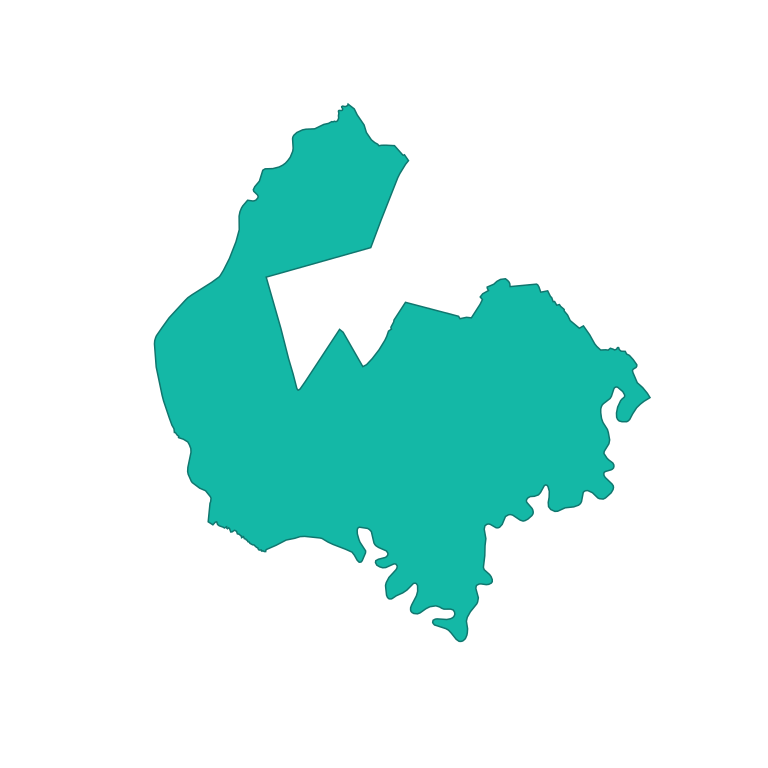 Khong Chai, Kalasin, Thailand, rotated 327°
{"feature_id": "78962969B1811381389630", "entity_name": "Khong Chai", "entity_type": "district", "adm_level": 2, "iso_a3": "THA", "parent_name": "Thailand", "parent_adm1": "Kalasin", "projection": "orthographic", "projection_center": [103.475, 16.263], "detail": "fine", "context": "isolated", "style": "filled", "palette": "teal", "viewbox_px": 768, "rotation_deg": 327, "n_neighbors": 0, "source": "geoboundaries", "source_scale": "gbopen_adm2", "svg_char_len": 6171}
<svg xmlns="http://www.w3.org/2000/svg" viewBox="0 0 768 768"><g transform="rotate(327 384 384)"><path d="M599.7,540.3L599.8,535.2L599.0,527.9L597.1,520.9L599.0,510.0L599.7,508.0L601.1,507.3L604.4,507.4L605.7,506.7L606.5,505.6L606.3,499.3L605.4,493.7L603.8,491.0L604.1,488.0L600.8,485.7L600.0,483.3L600.6,481.5L600.2,480.8L599.5,480.7L598.0,481.5L596.0,481.1L595.1,479.5L593.3,477.3L590.5,477.7L588.6,476.1L584.2,473.5L582.9,468.3L582.6,465.0L583.3,454.8L582.9,443.9L578.2,443.6L574.7,432.2L575.5,426.3L574.9,420.8L575.7,419.6L575.6,419.1L574.4,415.1L574.4,412.9L571.8,412.0L572.0,407.7L570.7,407.1L571.7,402.9L571.3,401.1L572.0,395.0L565.5,392.4L566.8,387.0L566.9,384.5L566.3,383.3L542.8,371.0L544.1,368.4L544.4,366.8L544.1,364.6L543.2,361.9L538.6,359.7L534.6,359.4L530.4,360.1L523.3,358.9L522.8,359.8L522.5,362.5L515.9,362.1L512.1,363.4L512.5,366.8L508.0,369.5L493.3,376.1L489.5,373.0L483.3,370.6L483.4,367.8L446.5,327.2L427.2,335.8L426.0,337.2L420.8,340.1L420.3,340.9L420.2,342.0L416.6,342.1L412.3,345.5L408.4,347.9L398.5,352.6L388.0,356.3L379.9,358.3L375.7,357.9L377.9,318.3L376.5,314.0L319.5,339.0L310.9,342.5L308.8,342.5L308.4,341.9L308.5,340.2L313.2,326.2L317.8,310.7L327.7,281.5L343.4,230.2L447.2,262.4L470.9,244.9L507.9,218.5L511.8,216.2L521.7,211.5L526.2,210.0L526.0,202.9L524.8,202.7L524.5,202.3L522.6,189.8L515.7,184.8L511.9,182.4L509.5,181.4L509.3,179.4L507.8,176.7L506.4,172.4L506.2,163.5L508.4,155.9L508.1,143.7L508.9,137.1L506.3,129.7L505.4,130.5L503.8,130.6L502.4,130.1L500.7,128.4L499.6,128.3L499.2,129.1L499.3,130.7L498.2,131.7L497.1,131.4L495.4,130.1L494.7,130.1L494.1,130.8L493.7,132.2L491.9,134.2L490.8,136.3L488.6,137.8L487.2,138.0L486.2,137.5L485.5,136.6L484.0,136.4L483.1,135.5L479.4,135.2L474.9,133.5L464.8,132.2L457.3,127.8L454.1,126.5L447.9,125.6L443.8,126.3L442.0,127.3L440.9,128.5L436.2,136.8L434.2,139.1L428.8,142.8L424.7,144.3L421.6,145.1L418.2,145.3L414.3,144.9L408.1,142.8L401.5,138.8L398.8,138.7L390.0,146.0L383.1,148.1L380.2,149.9L379.7,151.5L380.9,156.6L380.5,158.4L379.7,159.1L376.9,160.0L375.4,159.8L373.8,159.2L369.7,155.6L362.6,157.7L360.3,158.8L357.0,161.1L353.9,164.3L346.6,175.8L337.3,184.1L322.8,194.5L311.3,201.2L305.7,203.9L304.1,204.4L294.8,204.9L271.6,204.6L266.5,204.8L263.1,205.5L239.9,211.4L228.6,215.8L219.6,219.5L218.0,220.5L215.3,222.8L213.3,225.4L202.2,245.7L191.8,272.5L189.9,278.2L185.5,295.3L183.7,303.1L183.5,307.1L181.8,310.5L182.6,311.1L182.7,314.1L183.4,316.1L182.6,316.8L182.6,317.2L185.7,321.1L187.9,325.7L187.7,328.8L186.8,333.0L184.9,336.2L174.2,347.0L171.7,350.4L170.6,353.1L169.4,360.7L169.5,362.3L172.7,371.0L176.2,376.3L177.0,383.9L176.7,385.6L174.7,388.1L173.1,389.3L161.5,403.8L163.8,408.9L167.3,408.0L168.6,408.5L167.9,411.2L168.6,413.2L171.0,416.3L171.8,417.9L174.2,418.0L173.6,419.2L173.9,420.2L175.4,420.0L175.7,421.1L174.9,424.7L176.2,425.3L178.8,425.2L179.3,425.7L180.1,427.3L179.4,429.8L180.8,431.3L181.2,433.4L181.7,433.8L180.9,435.3L183.0,435.5L182.6,437.7L183.6,438.7L183.6,439.8L184.1,440.5L184.0,442.2L184.9,443.3L184.8,444.7L186.3,447.4L187.2,447.9L188.1,451.5L188.9,452.7L188.6,453.7L188.8,455.2L190.6,456.3L190.3,457.1L190.6,457.8L191.5,457.8L192.3,459.3L193.5,460.1L194.4,459.0L195.5,458.8L205.7,460.5L217.0,461.6L225.1,464.8L230.5,466.3L234.5,468.6L246.5,478.3L247.9,479.8L250.9,486.0L253.9,490.8L261.8,501.7L265.6,507.6L265.9,511.5L265.5,517.1L266.0,519.7L266.6,520.3L267.9,520.8L269.5,520.3L276.5,515.6L277.7,514.0L277.7,503.6L278.3,500.7L280.0,495.2L281.7,492.3L283.0,490.9L283.8,490.6L285.3,490.6L291.6,496.2L292.5,498.1L293.0,500.9L289.0,511.9L288.9,513.8L289.2,515.4L290.4,518.1L295.1,525.3L295.1,528.1L294.0,529.5L292.0,530.2L290.4,530.1L283.8,527.9L280.9,527.7L279.6,529.1L279.3,532.0L280.8,535.0L282.8,537.4L285.5,538.9L294.5,540.3L295.9,541.5L296.0,543.8L294.8,545.2L293.2,546.2L282.8,548.9L277.8,551.7L275.7,553.6L275.0,554.8L271.1,562.5L270.7,564.8L271.0,566.5L271.6,567.3L273.0,568.2L274.2,568.4L279.0,568.3L286.0,569.4L291.0,569.3L300.1,567.3L301.6,567.9L302.4,569.0L302.4,571.3L299.3,576.2L295.8,579.3L286.8,584.4L284.5,586.1L283.2,588.0L282.8,589.5L283.1,591.0L284.0,592.7L286.9,595.0L289.6,595.6L296.8,595.3L301.2,595.8L306.7,598.3L309.2,601.3L310.3,603.6L311.7,605.5L317.2,609.0L318.9,611.1L319.0,613.5L318.0,615.7L316.0,617.1L314.1,617.4L311.9,617.1L308.4,615.7L300.6,609.9L298.9,609.1L296.5,608.9L295.0,610.4L294.8,611.6L295.1,613.6L302.6,622.8L304.0,625.5L304.7,629.2L305.5,637.5L306.8,640.7L308.3,641.8L310.1,642.4L312.8,642.1L314.2,641.5L316.8,639.7L318.4,638.0L320.8,634.8L323.9,627.8L326.8,625.0L332.3,622.1L342.1,618.9L343.8,617.8L346.7,614.7L349.7,605.4L351.4,603.6L352.5,603.3L354.9,603.6L356.4,604.4L360.5,608.0L362.8,609.1L365.6,609.4L367.1,608.8L368.3,606.9L368.9,603.9L368.8,601.4L366.9,594.3L367.5,591.9L375.0,582.9L380.7,574.6L385.2,569.2L389.0,560.3L391.4,557.9L394.0,557.7L395.7,558.5L396.7,559.6L399.7,565.6L401.2,566.7L402.9,567.1L406.7,566.1L413.7,561.3L417.3,561.5L419.0,562.4L420.5,564.0L424.1,572.4L426.0,574.7L427.8,575.4L431.1,575.7L436.4,574.9L438.3,574.0L439.4,572.7L440.2,570.7L440.4,568.9L439.3,560.9L439.8,559.5L440.7,558.6L442.6,557.9L445.2,558.0L449.0,560.1L453.2,561.1L456.1,560.3L463.0,556.6L464.5,556.6L465.5,557.6L465.7,559.2L464.2,564.0L460.8,568.9L457.2,572.8L455.2,576.5L455.5,580.1L457.9,583.9L460.4,585.3L468.5,586.5L476.2,590.4L481.2,591.6L483.6,591.3L485.6,590.2L492.0,583.5L493.3,583.1L495.0,583.3L496.9,584.4L499.6,588.7L501.3,596.1L502.2,597.5L505.2,599.9L507.7,600.2L515.2,599.0L518.6,597.3L520.1,595.8L520.8,594.3L520.8,592.1L518.6,582.8L518.7,580.4L519.7,578.7L520.6,578.0L522.1,578.0L527.8,579.7L529.1,579.8L530.8,579.4L532.0,578.3L532.7,577.0L532.9,574.9L531.1,569.9L530.6,567.4L530.6,562.0L532.1,560.4L540.1,556.6L542.8,553.8L545.7,546.9L546.6,543.8L546.7,535.4L547.7,531.3L550.1,526.2L552.1,523.1L553.6,521.7L555.4,520.5L557.3,520.0L565.7,519.3L568.0,518.2L574.2,513.2L575.3,512.7L577.0,512.8L578.2,514.0L580.1,520.4L579.9,523.8L579.4,525.1L578.4,525.9L575.1,526.3L573.3,526.9L567.4,530.6L563.2,534.9L561.0,538.6L560.6,541.0L561.1,543.1L563.1,545.3L567.0,547.8L568.3,548.0L570.7,547.6L576.4,544.4L583.0,541.5L588.1,540.5L592.7,540.1L599.7,540.3Z" fill="#14b8a6" stroke="#0f766e" stroke-width="1.5"/></g></svg>